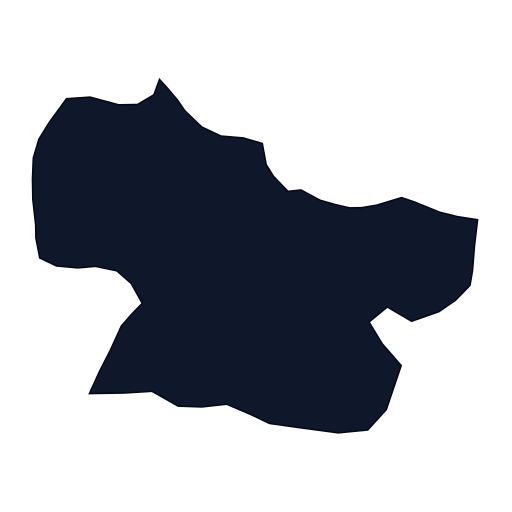 the district of Kiados, Cyprus, rotated 89°
{"feature_id": "46923920B15009716922247", "entity_name": "Kiados", "entity_type": "district", "adm_level": 2, "iso_a3": "CYP", "parent_name": "Cyprus", "parent_adm1": "", "projection": "mercator", "projection_center": [33.604, 35.258], "detail": "fine", "context": "isolated", "style": "filled", "palette": "ink", "viewbox_px": 512, "rotation_deg": 89, "n_neighbors": 0, "source": "geoboundaries", "source_scale": "gbopen_adm2", "svg_char_len": 970}
<svg xmlns="http://www.w3.org/2000/svg" viewBox="0 0 512 512"><g transform="rotate(89 256 256)"><path d="M289.1,42.5L274.2,39.7L249.5,37.3L223.6,33.8L220.1,53.9L215.4,71.6L204.8,96.4L200.1,109.4L207.2,134.3L209.5,149.6L209.5,161.4L206.0,175.6L201.3,191.0L190.7,209.9L191.9,222.9L176.6,237.1L164.8,244.2L143.6,247.7L137.7,266.6L135.4,289.1L126.0,308.0L109.5,324.6L98.9,331.6L87.2,341.1L77.7,349.4L93.0,355.3L102.4,371.8L102.4,390.7L94.2,419.1L95.4,442.7L118.9,460.5L135.4,471.1L154.2,477.0L175.4,478.2L195.4,478.2L221.3,475.8L234.2,475.8L254.2,472.3L262.5,455.7L264.8,434.5L263.6,416.7L268.4,395.5L281.3,381.3L301.3,370.6L311.9,381.3L323.7,391.9L348.4,403.7L368.4,414.4L390.7,425.0L390.7,389.6L389.5,362.4L404.8,336.4L406.0,312.7L403.7,287.9L414.3,264.3L423.7,245.4L428.4,215.8L434.3,176.8L431.9,147.3L411.9,128.4L368.1,112.7L346.1,131.2L324.0,144.1L309.3,125.6L324.0,101.6L314.8,73.9L303.8,57.3L289.1,42.5Z" fill="#0f172a" stroke="#020617" stroke-width="1.5"/></g></svg>